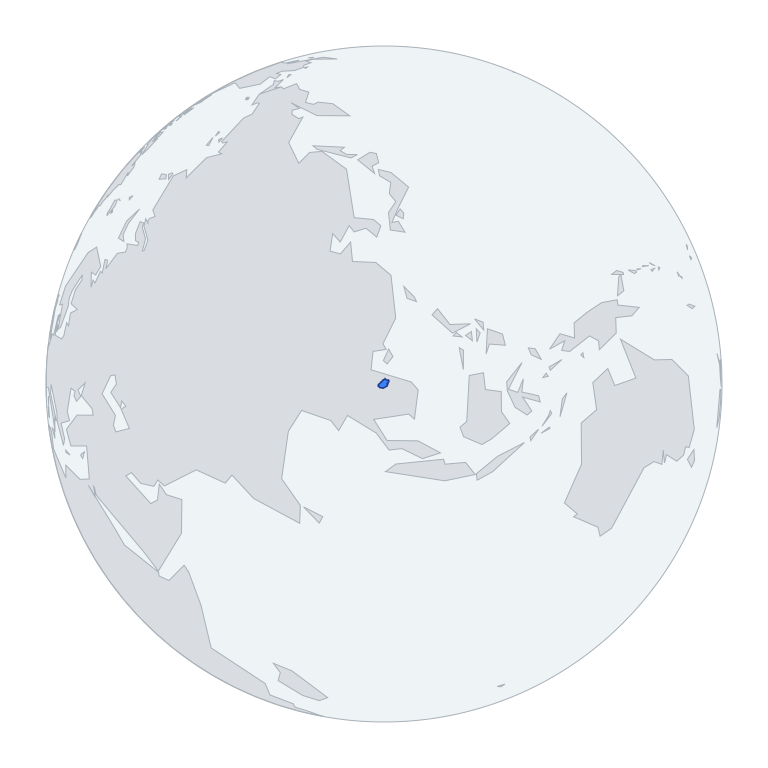 globe centered on Savannakhét, rotated 315°
{"feature_id": "LAO-3282", "entity_name": "Savannakhét", "entity_type": "Province", "adm_level": 1, "iso_a3": "LAO", "parent_name": "Laos", "parent_adm1": "", "projection": "orthographic", "projection_center": [105.728, 16.499], "detail": "fine", "context": "on_globe", "style": "filled", "palette": "blue", "viewbox_px": 768, "rotation_deg": 315, "n_neighbors": 0, "source": "natural_earth", "source_scale": "10m", "svg_char_len": 11908}
<svg xmlns="http://www.w3.org/2000/svg" viewBox="0 0 768 768"><g transform="rotate(315 384 384)"><circle cx="384" cy="384" r="338" fill="#eef3f6" stroke="#a8b0b8"/><path d="M696.6,498.7L696.0,500.8L695.8,501.3L696.6,498.7ZM538.7,83.6L541.1,87.2L553.1,95.1L541.8,89.0L572.0,109.9L580.7,121.0L564.0,104.7L557.1,100.3L559.6,105.2L552.9,102.0L550.3,102.9L542.2,98.9L533.1,90.8L527.7,88.4L529.8,92.2L522.9,91.4L520.7,86.0L508.5,84.4L491.0,72.9L491.7,65.6L475.2,59.7L463.9,55.7L489.6,63.0L514.5,72.3L538.7,83.6ZM697.0,256.7L696.7,255.9L696.8,256.3L697.0,256.7ZM696.5,255.8L696.2,255.3L695.7,253.9L696.5,255.8ZM563.2,102.2L561.1,99.7L565.4,103.4L563.2,102.2ZM551.4,103.7L554.1,105.7L551.6,105.4L551.4,103.7ZM536.9,99.4L532.0,98.8L535.4,97.9L536.9,99.4ZM528.2,97.6L516.5,97.4L521.6,101.4L500.8,90.9L517.5,94.0L520.9,91.9L523.0,95.0L528.2,97.6ZM462.2,55.2L463.1,55.6L454.1,53.5L459.8,55.2L447.5,52.8L441.7,51.4L443.4,51.4L437.4,50.6L436.5,50.2L462.2,55.2ZM491.1,85.7L487.0,84.8L489.6,84.2L491.1,85.7ZM430.1,49.2L431.2,49.5L421.1,48.2L423.9,48.5L424.3,48.5L430.1,49.2ZM467.2,57.2L466.5,57.6L456.4,55.6L454.7,55.6L447.4,52.9L467.2,57.2ZM420.1,48.0L420.8,48.1L415.9,47.7L410.3,47.2L416.7,47.7L420.1,48.0ZM435.7,50.2L435.9,50.4L432.5,49.8L435.7,50.2ZM394.4,46.2L394.8,46.3L392.6,46.2L394.4,46.2ZM414.5,47.7L416.5,47.9L417.7,48.1L413.4,47.8L414.5,47.7ZM440.8,52.0L436.7,51.3L443.3,52.9L436.0,52.1L432.4,50.6L430.9,50.9L428.6,50.7L428.2,49.8L440.8,52.0ZM412.7,48.4L405.6,47.1L394.0,46.5L392.5,46.3L411.5,47.4L412.7,48.4ZM421.8,49.2L415.9,48.6L417.1,48.3L422.0,48.6L421.8,49.2ZM432.3,52.2L444.4,53.9L444.8,54.2L432.3,52.2ZM409.1,48.2L410.9,48.5L408.1,48.1L409.1,48.2ZM424.9,50.8L429.1,51.3L429.4,51.6L424.9,50.8ZM410.9,49.2L408.6,48.6L411.8,48.7L410.9,49.2ZM417.1,50.0L416.5,50.4L414.4,49.0L419.0,50.0L417.1,50.0ZM424.5,51.1L426.1,51.5L422.7,50.9L424.5,51.1ZM400.0,49.9L396.5,48.2L403.6,48.0L406.0,49.6L400.0,49.9ZM118.3,175.3L117.0,179.2L114.7,183.3L104.4,196.3L92.6,225.5L101.6,216.4L101.6,236.5L108.5,242.8L129.9,217.5L118.8,206.4L127.4,191.5L144.9,188.9L156.3,200.4L160.1,195.1L161.8,178.1L173.5,171.9L163.5,171.7L160.8,178.3L154.4,178.8L156.5,173.0L160.5,170.7L159.7,165.7L140.6,179.4L135.8,187.6L128.0,183.4L119.3,197.0L113.9,200.8L126.6,179.3L132.3,173.1L148.4,148.9L141.7,154.8L126.1,178.5L126.9,175.3L117.7,185.1L125.3,175.1L144.1,149.3L143.1,147.4L136.1,154.3L154.4,136.1L159.5,131.5L168.8,123.4L173.9,119.3L170.9,121.9L176.1,117.8L174.2,120.0L184.8,113.9L184.9,115.9L201.9,105.4L204.3,105.4L193.5,111.3L186.1,117.1L187.9,124.3L192.0,123.3L202.9,116.3L202.1,119.8L212.4,112.2L219.8,114.4L219.5,106.0L232.4,99.2L243.8,96.9L248.0,93.5L229.4,97.6L222.0,100.8L215.7,105.7L195.5,115.2L192.2,114.8L213.1,100.3L210.6,98.7L228.0,89.6L267.6,81.9L277.6,84.0L266.9,100.5L257.2,103.0L256.1,98.0L245.2,108.5L251.8,104.8L251.1,108.2L263.2,103.9L263.2,106.3L274.7,98.7L276.1,101.1L268.8,105.8L287.9,103.1L294.4,107.8L298.7,106.2L301.4,103.1L307.7,111.9L310.6,110.4L309.7,106.9L314.8,101.8L326.4,96.8L327.9,100.1L323.9,102.3L318.0,112.7L307.2,119.1L309.0,120.0L318.7,115.3L326.0,102.5L332.5,98.7L330.5,104.4L331.7,102.0L335.4,101.2L340.6,103.7L343.5,97.5L382.3,87.9L396.1,93.0L389.9,98.4L418.6,98.5L432.0,106.5L431.0,102.9L444.2,102.0L440.2,99.3L440.8,97.7L472.8,96.7L481.5,99.9L494.2,97.5L493.8,96.0L488.0,93.3L500.8,90.9L521.6,101.4L521.6,104.2L534.6,109.8L532.7,116.0L537.2,124.4L527.6,129.4L531.9,136.5L536.6,138.0L546.0,149.6L549.4,170.1L526.3,146.7L517.2,119.4L519.1,129.4L512.6,125.5L509.6,128.3L511.4,136.1L515.4,137.9L487.3,145.9L479.8,167.7L495.1,167.7L504.6,175.6L509.4,205.6L480.5,245.3L492.9,260.3L493.7,269.9L482.8,275.0L481.4,261.1L470.5,255.4L471.4,247.4L453.5,252.6L454.0,241.4L439.8,251.9L445.2,261.2L460.8,260.0L448.3,275.1L464.1,292.2L465.8,312.1L439.0,345.6L411.7,354.8L410.0,361.1L399.3,353.2L384.9,364.8L404.7,401.9L404.0,412.3L380.7,430.4L380.2,422.7L351.7,401.8L346.2,426.1L367.8,448.2L375.2,472.6L358.5,464.0L351.0,442.4L340.9,434.3L343.8,413.1L335.9,380.4L319.0,384.9L320.5,372.1L307.0,344.4L282.9,349.8L244.6,378.6L239.0,410.7L225.9,422.9L210.9,372.8L212.1,340.9L201.7,341.8L190.5,311.9L156.6,300.8L156.2,291.9L148.9,293.6L141.7,282.2L142.9,268.1L136.4,266.5L134.5,303.7L141.9,305.8L154.3,295.9L151.9,308.5L159.4,322.8L135.1,346.4L92.2,356.7L95.5,332.1L101.9,259.0L105.9,252.7L106.2,251.9L106.8,250.4L99.6,260.2L103.3,246.6L91.8,294.7L86.6,314.3L91.5,357.9L89.2,360.7L93.0,370.9L114.5,370.8L113.0,378.7L98.2,410.9L75.1,448.5L82.5,484.0L88.2,511.9L83.5,523.2L93.7,546.0L92.6,549.7L99.1,561.9L103.8,571.9L106.7,577.1L93.7,557.0L82.2,536.1L72.2,514.3L63.8,492.0L57.0,469.1L51.8,445.7L48.2,422.1L46.4,398.2L46.2,374.3L47.8,350.4L51.0,326.7L55.9,303.3L62.4,280.3L70.5,257.8L80.2,236.0L91.5,214.8L104.2,194.6L118.3,175.3ZM160.6,228.3L172.5,235.4L180.4,215.8L185.7,217.3L186.5,210.5L181.0,214.4L184.9,196.8L194.8,194.8L200.2,187.4L196.5,184.8L177.7,191.6L171.9,216.3L163.5,221.8L160.6,228.3ZM205.2,97.3L206.6,96.5L201.5,99.7L195.8,103.4L205.2,97.3ZM183.1,112.3L184.9,111.1L189.7,107.5L195.8,103.9L216.6,91.0L217.4,91.3L213.4,93.1L211.9,94.6L205.0,98.1L185.5,112.0L179.2,116.4L182.2,112.9L183.1,112.3ZM268.1,66.6L277.2,63.4L267.4,67.7L260.1,70.3L259.6,69.9L264.9,67.8L268.1,66.6ZM409.6,47.1L407.4,46.9L402.9,46.6L403.5,46.6L409.6,47.1ZM399.9,46.5L397.2,46.3L396.9,46.3L399.9,46.5ZM350.2,47.8L361.2,47.2L375.8,46.5L380.2,46.7L374.4,47.0L382.8,47.1L374.7,48.1L377.7,48.4L372.7,50.2L359.7,51.3L364.0,51.8L360.4,53.8L349.6,55.4L353.1,53.4L338.8,56.9L337.2,55.2L335.7,55.7L330.3,55.4L321.1,56.2L321.9,55.3L318.0,56.1L314.3,56.2L309.2,57.2L308.9,56.2L302.6,57.4L306.0,56.4L295.2,58.9L303.1,56.7L299.2,57.3L293.6,59.2L298.7,57.0L324.3,51.4L350.2,47.8ZM398.2,50.3L383.0,50.9L374.7,50.6L386.9,47.8L385.3,47.4L392.8,46.6L404.7,47.3L401.5,47.4L401.1,47.7L397.5,47.3L400.1,47.8L395.7,48.2L396.5,48.8L391.4,48.7L398.2,50.3ZM118.6,179.8L118.0,181.7L118.6,183.2L112.8,189.9L118.6,179.8ZM131.0,162.1L131.4,162.3L123.5,171.5L124.1,169.9L131.0,162.1ZM138.4,155.2L132.1,161.7L135.9,157.2L138.4,155.2ZM194.6,111.5L195.9,111.9L193.4,113.8L189.6,115.7L194.6,111.5ZM306.9,69.1L310.2,67.1L312.2,67.0L323.6,63.7L325.6,65.2L319.6,67.9L306.9,69.1ZM124.2,220.2L118.3,223.6L119.0,220.0L120.9,219.5L124.2,220.2ZM112.2,205.7L111.8,212.4L110.7,207.5L112.2,205.7ZM311.1,70.2L315.5,68.5L313.8,70.4L311.1,70.2ZM327.7,66.3L326.9,68.2L327.2,65.1L327.7,66.3ZM250.2,677.9L257.3,681.7L252.7,680.9L250.2,677.9ZM116.1,521.9L122.4,565.9L114.3,562.1L106.3,546.8L99.4,518.8L106.6,514.8L108.3,503.3L116.1,521.9ZM460.3,529.9L470.4,531.4L470.0,532.8L460.3,529.9ZM449.8,524.7L461.4,525.3L447.7,527.9L449.8,524.7ZM465.9,525.6L477.7,522.8L482.8,520.4L481.8,523.4L465.9,525.6ZM441.9,524.7L398.9,522.8L381.9,517.9L385.9,512.7L413.4,515.5L441.9,524.7ZM384.5,512.5L358.5,495.4L323.1,447.0L335.8,449.0L372.9,479.3L370.5,483.9L386.2,497.1L384.5,512.5ZM447.5,486.6L445.0,500.8L421.2,498.9L410.5,496.1L403.0,477.5L407.2,468.3L416.0,469.0L450.3,438.3L462.3,446.4L451.8,459.6L461.5,472.3L447.5,486.6ZM240.2,414.0L246.9,434.5L239.9,436.5L240.2,414.0ZM464.1,416.2L450.3,429.9L462.9,411.5L464.1,416.2ZM471.6,398.7L472.5,405.9L466.8,398.9L471.6,398.7ZM409.7,370.9L400.4,372.0L400.1,367.0L412.0,362.6L409.7,370.9ZM467.0,329.1L467.0,343.8L465.2,348.7L460.9,339.7L467.0,329.1ZM335.0,87.4L316.9,89.7L305.3,93.8L300.8,99.3L299.3,93.1L317.3,86.8L335.0,87.4ZM376.3,87.1L380.0,83.3L383.6,85.0L383.2,86.2L376.3,87.1ZM374.9,84.7L369.8,80.2L375.3,78.1L378.2,82.1L374.9,84.7ZM339.7,73.3L334.2,73.7L335.7,72.0L339.7,73.3ZM617.8,625.4L618.5,626.0L608.9,635.1L596.9,645.1L588.4,650.2L617.8,625.4ZM542.5,660.3L545.3,651.8L556.8,649.5L549.4,657.7L542.5,660.3ZM625.9,617.8L634.6,608.1L641.0,597.9L636.3,606.6L639.4,604.6L620.4,624.6L625.9,617.8ZM508.5,627.1L442.9,646.9L429.2,644.4L434.0,636.6L424.2,612.0L428.8,612.6L427.5,595.7L467.0,580.4L495.8,551.1L516.2,552.5L532.6,530.7L553.2,531.3L546.1,548.3L566.3,557.9L582.9,519.5L592.2,558.1L604.9,570.2L604.9,593.5L571.3,635.5L554.8,644.7L552.9,641.6L545.7,646.1L536.4,645.6L533.8,633.8L526.5,638.1L534.7,628.3L523.7,637.3L520.0,629.7L508.5,627.1ZM654.0,542.7L656.2,543.2L658.8,548.8L655.2,548.6L654.0,542.7ZM690.6,509.2L690.8,511.9L688.8,513.7L690.6,509.2ZM695.8,501.3L693.4,503.9L696.6,498.7L695.8,501.3ZM669.6,516.8L670.4,518.9L669.4,520.0L669.6,516.8ZM668.7,516.2L670.6,511.9L669.9,515.9L668.7,516.2ZM659.1,497.6L660.7,495.2L661.3,496.7L659.1,497.6ZM485.3,531.6L499.5,520.6L507.1,519.6L485.3,531.6ZM657.1,493.6L653.2,494.0L653.7,491.8L657.1,493.6ZM657.7,488.5L657.4,485.6L659.4,492.2L657.7,488.5ZM650.4,483.1L655.0,487.6L649.8,483.8L650.4,483.1ZM647.4,484.3L643.9,482.5L644.2,481.5L647.4,484.3ZM605.2,493.6L618.7,510.3L607.4,511.0L594.8,500.9L584.2,512.2L560.6,512.0L566.3,505.2L563.3,495.3L538.4,492.3L533.3,485.9L542.4,481.2L525.7,476.4L544.0,472.9L551.3,486.2L561.6,475.2L578.9,477.0L595.5,480.4L608.5,489.3L605.2,493.6ZM543.7,502.6L546.8,502.5L544.0,506.6L543.7,502.6ZM637.2,476.0L642.3,481.8L641.6,483.5L639.1,482.9L637.2,476.0ZM611.5,486.7L625.7,474.3L628.9,474.1L619.5,487.7L611.5,486.7ZM622.4,467.4L628.8,468.3L632.0,474.2L630.7,476.0L622.4,467.4ZM506.4,491.0L505.6,494.7L500.8,491.8L506.4,491.0ZM512.7,488.7L527.1,492.5L511.3,491.9L512.7,488.7ZM468.3,475.6L472.6,484.5L486.2,478.9L475.8,487.1L485.0,501.7L481.8,507.2L472.8,491.3L469.4,507.6L463.3,507.2L460.2,493.2L466.3,476.2L472.3,469.2L496.8,466.4L468.3,475.6ZM512.6,477.8L508.8,467.4L511.6,460.5L515.8,465.9L512.6,477.8ZM497.2,442.4L486.8,430.3L477.5,434.9L496.2,418.1L503.1,432.5L497.2,442.4ZM488.1,415.9L479.4,420.0L488.3,410.2L488.1,415.9ZM477.1,415.9L476.0,407.4L482.9,408.7L477.1,415.9ZM492.7,416.3L494.1,402.0L497.7,410.4L492.7,416.3ZM472.7,388.6L487.8,402.6L468.4,396.4L466.9,369.1L475.1,368.6L472.7,388.6ZM514.4,280.7L511.9,273.2L519.2,271.6L518.8,277.2L514.4,280.7ZM540.6,262.2L520.3,268.9L503.7,275.4L509.2,278.9L506.2,291.5L497.4,279.6L508.5,265.9L521.3,263.4L522.4,253.1L531.3,246.3L528.1,233.6L531.7,228.3L538.5,239.4L540.6,262.2ZM526.2,228.4L523.9,206.9L537.9,210.2L541.6,215.6L536.7,223.8L529.6,221.5L526.2,228.4ZM527.4,202.9L520.5,200.8L502.6,170.6L502.3,165.4L523.4,188.6L518.0,188.0L519.9,195.3L527.4,202.9ZM488.7,86.6L487.1,85.0L490.8,86.5L488.7,86.6ZM438.3,96.3L439.7,94.3L443.9,95.7L438.3,96.3ZM445.8,89.8L440.0,89.5L445.5,88.4L445.8,89.8ZM427.2,89.5L437.4,88.7L428.6,91.5L427.2,89.5Z" fill="#d9dde1" stroke="#a8b0b8" stroke-width="1"/><path d="M378.5,382.1L378.6,381.9L378.6,381.7L378.5,381.4L378.6,381.5L378.9,381.6L379.0,381.4L378.9,381.1L378.7,381.1L378.9,380.8L379.0,380.7L379.3,380.6L379.5,380.5L379.8,380.5L380.1,380.5L380.4,380.6L380.6,380.5L380.7,380.4L380.8,380.4L381.0,380.5L381.3,380.7L381.5,380.7L381.8,380.6L382.0,380.5L382.3,380.5L382.6,380.5L383.2,380.7L383.5,380.8L383.5,380.6L383.6,380.4L383.8,380.4L384.0,380.4L384.5,380.6L384.9,380.7L385.5,380.8L386.1,380.7L386.2,380.4L386.4,380.4L386.6,380.5L386.8,380.8L387.0,380.8L387.5,381.0L387.8,381.0L388.0,381.2L388.3,381.2L388.5,381.1L388.5,381.3L388.6,382.9L388.6,383.0L388.8,383.3L389.0,383.4L389.2,383.5L389.2,383.9L389.2,384.2L389.3,384.3L389.5,384.4L389.6,384.5L389.7,384.4L389.8,384.4L390.0,384.4L390.0,384.6L390.0,384.8L389.9,384.9L389.7,385.0L389.4,385.0L389.2,385.3L389.1,385.5L389.1,385.8L388.9,385.8L388.7,385.9L388.4,385.9L388.3,386.0L388.1,386.1L387.9,386.1L387.7,386.1L387.4,386.1L387.3,386.3L387.1,386.2L386.8,385.9L386.6,385.9L386.4,385.9L386.4,386.0L386.2,386.1L386.3,386.4L386.3,386.7L386.3,386.8L386.3,387.0L386.2,387.1L385.9,387.2L385.6,387.2L385.4,387.2L385.2,387.4L384.9,387.6L384.6,387.6L384.3,387.6L384.1,387.5L383.9,387.5L383.8,387.4L383.4,387.2L383.0,387.1L382.7,387.0L382.3,386.9L382.2,386.9L381.5,386.7L381.3,386.6L381.2,386.6L380.5,386.4L380.3,386.3L380.2,386.2L380.0,385.8L380.0,385.5L380.0,385.4L379.9,385.3L379.8,385.2L379.7,385.1L379.4,384.9L379.3,384.7L379.2,384.5L379.2,384.4L379.0,384.2L378.7,384.0L378.6,383.9L378.5,383.7L378.5,383.3L378.5,383.1L378.6,382.8L378.6,382.7L378.5,382.2L378.5,382.1Z" fill="#3b82f6" stroke="#1e3a8a" stroke-width="1.5"/></g></svg>